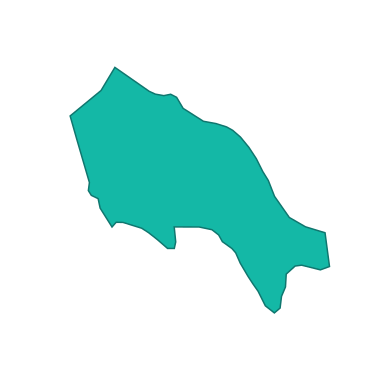 outline of João Dias, Rio Grande do Norte, Brazil, rotated 55°
{"feature_id": "56859067B63988167258513", "entity_name": "João Dias", "entity_type": "district", "adm_level": 2, "iso_a3": "BRA", "parent_name": "Brazil", "parent_adm1": "Rio Grande do Norte", "projection": "albers", "projection_center": [-37.823, -6.289], "detail": "fine", "context": "isolated", "style": "filled", "palette": "teal", "viewbox_px": 384, "rotation_deg": 55, "n_neighbors": 0, "source": "geoboundaries", "source_scale": "gbopen_adm2", "svg_char_len": 882}
<svg xmlns="http://www.w3.org/2000/svg" viewBox="0 0 384 384"><g transform="rotate(55 192 192)"><path d="M174.8,277.6L173.3,271.5L177.3,266.0L192.8,254.0L200.4,250.9L211.4,247.6L224.2,244.4L228.1,238.9L223.6,234.0L210.4,226.6L224.8,206.2L234.3,197.3L242.5,194.8L250.1,195.6L261.2,191.7L266.9,191.1L278.0,193.3L293.4,194.5L302.3,194.8L311.2,194.8L327.3,197.2L338.3,193.9L337.6,186.4L328.8,178.5L323.4,169.9L313.3,161.9L311.8,150.0L314.8,144.2L329.4,131.5L331.9,122.1L301.7,106.4L285.6,119.0L275.1,123.9L268.7,126.9L242.9,126.9L226.4,122.9L215.9,122.3L201.6,120.2L188.2,119.8L174.8,120.8L164.8,123.3L158.6,126.3L149.7,133.1L140.6,142.1L118.4,151.3L105.6,150.3L99.7,153.4L96.9,159.8L90.8,165.9L85.0,169.3L45.7,183.7L56.7,208.3L59.8,248.2L82.9,256.2L125.4,270.6L131.4,276.1L137.0,276.4L143.6,272.7L152.5,276.5L174.8,277.6Z" fill="#14b8a6" stroke="#0f766e" stroke-width="1.5"/></g></svg>